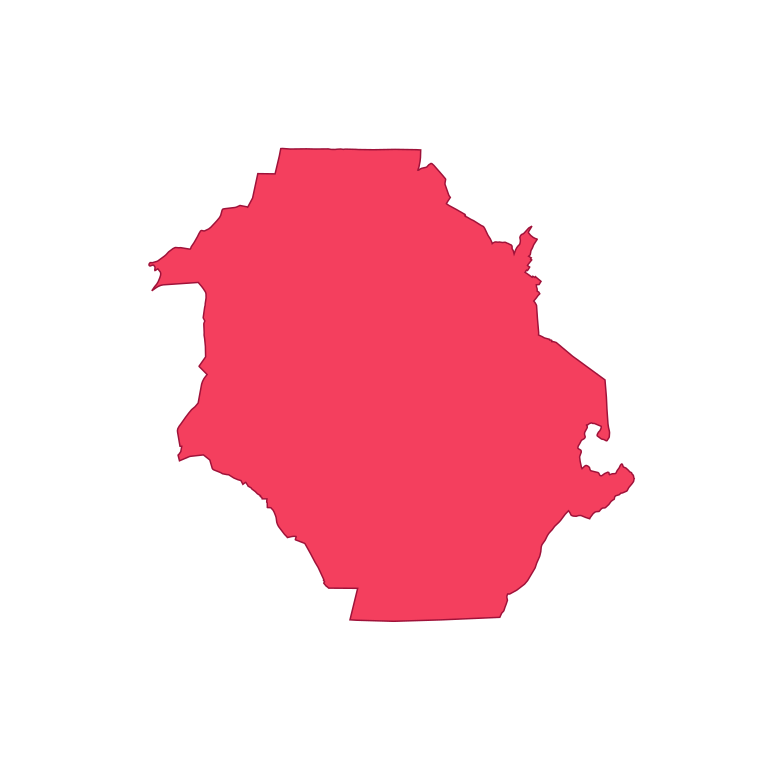 the district of Uthai, Phra Nakhon Si Ayutthaya, Thailand, rotated 213°
{"feature_id": "78962969B29377906715784", "entity_name": "Uthai", "entity_type": "district", "adm_level": 2, "iso_a3": "THA", "parent_name": "Thailand", "parent_adm1": "Phra Nakhon Si Ayutthaya", "projection": "equal_earth", "projection_center": [100.697, 14.357], "detail": "fine", "context": "isolated", "style": "filled", "palette": "rose", "viewbox_px": 768, "rotation_deg": 213, "n_neighbors": 0, "source": "geoboundaries", "source_scale": "gbopen_adm2", "svg_char_len": 6135}
<svg xmlns="http://www.w3.org/2000/svg" viewBox="0 0 768 768"><g transform="rotate(213 384 384)"><path d="M345.9,597.0L347.6,593.6L348.7,586.8L349.1,585.7L350.0,584.4L350.3,583.0L350.1,581.7L349.8,580.8L347.9,578.8L347.0,577.2L346.5,575.8L346.3,574.9L346.8,572.5L346.9,570.7L346.7,568.3L345.7,563.9L348.2,566.2L350.2,567.2L351.5,569.1L352.1,569.6L353.4,569.9L354.4,569.6L356.3,569.5L357.3,569.2L359.2,569.0L360.0,568.6L361.7,567.2L364.6,565.9L365.6,565.0L367.5,564.1L368.3,563.5L369.4,561.7L369.7,560.7L370.3,561.3L373.9,563.6L377.9,565.4L384.2,569.3L386.3,570.2L389.2,569.9L397.8,569.8L400.8,569.4L405.3,569.2L407.1,568.8L407.3,568.9L407.5,569.7L408.3,569.7L408.4,570.3L418.2,569.8L426.8,569.1L429.8,569.2L430.0,569.4L430.0,576.6L432.3,577.5L441.6,584.7L442.3,585.8L443.7,589.1L444.1,589.5L448.2,590.8L461.2,594.5L463.8,594.9L464.7,594.6L465.8,592.3L466.3,589.4L466.7,588.7L469.8,585.5L470.6,584.3L471.1,583.3L471.3,582.4L471.6,582.0L472.1,581.8L472.9,585.1L475.1,590.5L476.7,593.7L480.7,600.3L484.5,598.1L502.5,586.8L520.3,574.8L533.3,566.6L535.3,565.5L544.4,559.9L545.9,558.6L548.3,557.5L551.3,555.3L552.7,554.1L556.2,551.9L558.8,550.8L569.8,543.5L577.1,539.0L590.6,530.0L597.5,526.2L598.8,525.2L596.0,518.3L589.8,500.9L604.4,491.7L595.5,468.4L594.6,458.0L595.3,458.0L602.0,455.3L604.1,452.0L605.1,450.9L612.9,444.4L614.3,443.1L614.5,442.3L614.4,441.4L612.8,436.5L612.6,434.0L613.1,429.7L614.6,421.2L615.5,418.5L617.8,414.8L618.3,414.3L620.6,413.4L621.0,412.9L621.2,412.2L621.1,409.3L620.7,406.1L620.3,399.1L620.4,394.1L620.0,392.5L620.0,391.7L620.4,391.3L628.8,387.6L630.4,386.4L633.1,385.0L633.6,384.5L634.7,382.7L636.2,378.6L636.6,377.5L637.2,373.8L637.8,371.7L640.6,364.3L640.9,363.6L644.2,359.7L646.2,358.5L646.4,357.3L646.3,356.4L645.5,355.5L644.5,355.5L642.6,357.9L641.8,358.2L639.7,357.3L639.1,356.4L638.4,354.8L637.9,354.4L637.6,354.7L636.6,357.1L636.4,357.4L632.8,356.2L632.3,355.9L631.3,354.9L630.6,353.5L629.9,351.1L629.1,346.8L629.0,344.1L629.4,340.5L629.5,335.7L627.7,340.3L626.7,342.5L624.9,345.2L623.2,346.9L595.1,368.0L590.1,366.5L587.4,365.5L583.8,363.9L582.4,362.7L580.1,359.3L577.7,354.0L576.9,352.7L576.2,350.7L571.8,341.2L571.5,340.9L568.6,339.3L568.1,336.8L567.6,335.9L562.9,329.3L561.5,327.0L559.0,324.2L554.3,318.3L548.4,309.6L548.8,298.3L548.6,298.0L537.5,295.6L537.8,292.4L537.9,290.3L537.6,287.4L536.9,284.6L529.5,266.8L530.1,262.0L531.4,257.7L531.9,253.4L532.3,247.9L532.6,239.8L532.8,237.3L532.6,234.3L531.9,232.5L531.0,231.3L521.2,220.7L519.7,221.6L517.6,216.6L517.7,213.4L518.0,212.2L513.7,208.2L507.5,217.4L506.0,218.7L496.8,226.2L488.7,225.4L482.1,219.7L481.1,219.3L479.9,219.3L472.9,220.7L470.5,220.8L466.3,222.5L464.9,223.3L458.6,223.4L454.3,224.2L451.4,225.1L447.7,223.0L446.7,225.9L446.4,226.2L443.3,224.9L442.4,224.3L438.9,224.5L437.7,224.0L433.4,223.7L430.4,223.0L426.8,223.1L426.6,222.4L424.6,222.2L423.6,221.3L419.6,223.9L418.1,221.1L417.1,220.6L414.6,216.9L414.4,216.9L411.6,218.6L408.4,217.8L406.5,216.8L403.1,214.4L401.7,213.2L398.7,209.7L396.8,208.2L394.7,207.0L385.5,203.7L382.3,203.0L381.4,202.6L378.2,205.9L376.6,207.2L374.7,208.2L374.4,207.9L373.7,205.3L373.4,205.1L364.0,207.1L363.2,207.0L352.8,201.5L344.8,197.0L339.3,194.3L328.0,187.2L327.8,187.0L327.9,186.5L326.1,185.7L326.1,184.3L325.9,184.1L322.0,182.9L321.5,183.1L319.9,182.8L319.2,182.7L318.9,182.9L294.8,198.3L284.1,167.7L278.1,171.1L246.6,190.3L207.5,217.4L159.8,251.4L160.5,255.8L160.0,258.7L160.1,259.5L160.9,262.5L161.7,266.2L162.7,269.9L164.8,272.0L165.4,273.0L165.6,273.6L165.9,275.3L165.7,275.6L165.1,275.7L164.5,276.1L164.1,276.5L160.3,283.6L157.1,292.7L156.5,297.3L157.1,312.1L158.4,317.0L159.5,323.8L159.8,324.9L161.2,328.8L163.4,333.0L164.0,335.2L163.8,340.9L164.4,345.8L164.4,348.5L164.0,351.2L163.6,353.4L163.4,357.4L161.9,363.8L161.6,365.8L161.1,373.4L160.2,378.2L158.0,377.3L155.6,375.9L154.5,376.0L153.4,376.3L150.8,377.7L149.1,379.7L147.2,381.0L142.3,381.9L138.1,383.0L138.3,384.3L138.0,389.1L137.3,391.4L136.7,392.3L134.3,394.2L134.1,394.8L133.9,396.9L133.4,398.5L133.0,399.1L131.3,400.4L130.9,401.1L129.8,405.5L129.6,409.2L128.9,411.3L128.2,412.6L128.3,413.1L129.0,414.9L128.9,416.3L126.4,419.3L125.9,421.4L124.6,422.6L122.1,426.4L122.0,427.2L122.3,430.5L121.7,435.3L121.6,437.7L121.7,438.5L122.4,440.0L122.6,441.0L123.3,441.3L124.8,442.9L125.7,443.4L127.1,443.7L128.1,444.4L130.3,444.2L131.8,444.7L135.3,445.3L138.1,444.8L140.3,446.4L140.8,446.5L141.1,446.4L141.3,446.0L141.5,444.6L141.1,441.8L141.3,438.4L141.0,435.9L141.0,435.2L141.3,434.8L143.7,433.0L145.4,430.8L145.8,430.8L146.7,431.8L147.3,432.2L148.3,431.9L150.2,429.0L151.4,425.8L151.7,425.4L152.5,425.0L153.3,425.0L155.3,426.2L156.3,426.3L163.2,423.9L164.5,424.3L166.1,425.8L166.6,426.0L168.5,426.2L170.1,425.8L170.7,425.1L171.1,423.9L171.8,420.9L173.3,421.9L177.5,426.1L180.2,429.3L180.5,430.1L181.4,434.1L182.1,435.2L183.0,435.7L185.8,435.6L186.3,435.7L186.8,436.3L187.3,437.7L187.4,440.7L187.7,443.9L187.7,444.4L186.4,447.1L186.2,448.4L186.5,449.3L188.3,450.9L189.1,452.1L189.4,453.2L189.7,457.3L189.8,458.1L190.1,458.7L190.5,459.1L191.8,459.8L191.6,460.3L191.0,460.4L190.1,462.9L188.8,464.4L187.5,464.6L186.0,465.5L178.9,466.8L178.5,466.5L177.8,464.9L177.5,462.5L177.9,460.3L177.7,458.1L177.4,457.1L176.8,456.6L172.0,456.3L171.3,456.4L169.3,457.2L166.7,457.4L166.1,458.0L166.1,461.6L166.3,462.4L168.3,466.0L169.4,467.3L172.0,469.8L174.4,472.5L183.3,484.3L190.4,494.2L200.9,507.8L241.0,510.0L262.1,512.6L264.7,511.9L266.5,510.9L267.0,511.9L267.5,511.9L269.1,511.1L269.4,511.2L269.6,511.6L274.6,510.0L276.8,509.9L281.1,509.3L282.1,511.1L291.0,522.5L298.8,532.9L299.7,533.5L301.9,534.6L303.6,535.1L303.1,539.3L303.0,542.0L302.5,544.5L304.3,545.4L306.1,545.3L306.8,546.4L307.6,547.4L309.0,548.5L310.3,550.2L308.1,551.9L308.2,555.6L315.5,556.5L315.5,555.5L317.9,555.4L317.9,554.2L324.6,554.5L326.5,554.5L326.5,557.1L325.5,557.3L325.4,558.5L325.5,561.4L328.2,561.5L328.3,562.4L327.7,568.5L329.1,568.6L329.2,570.0L332.3,569.9L331.8,571.8L331.8,572.2L333.4,575.9L333.6,578.8L334.3,582.3L334.3,588.7L334.5,588.9L336.5,588.4L338.9,588.2L341.9,588.5L345.3,589.5L345.7,590.5L345.9,597.0Z" fill="#f43f5e" stroke="#9f1239" stroke-width="1.5"/></g></svg>